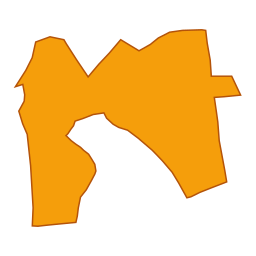 outline of Qalat Saleh, Maysan, Iraq
{"feature_id": "34846034B15043886970359", "entity_name": "Qalat Saleh", "entity_type": "district", "adm_level": 2, "iso_a3": "IRQ", "parent_name": "Iraq", "parent_adm1": "Maysan", "projection": "orthographic", "projection_center": [47.323, 31.48], "detail": "fine", "context": "isolated", "style": "filled", "palette": "amber", "viewbox_px": 256, "rotation_deg": 0, "n_neighbors": 0, "source": "geoboundaries", "source_scale": "gbopen_adm2", "svg_char_len": 1086}
<svg xmlns="http://www.w3.org/2000/svg" viewBox="0 0 256 256"><path d="M50.0,36.8L35.7,42.0L32.2,57.7L25.8,70.4L15.4,86.7L22.8,84.4L24.7,94.8L24.2,101.2L18.8,111.1L22.7,123.8L27.2,134.3L30.6,165.6L31.6,182.4L33.1,207.9L32.3,225.9L37.9,226.2L46.8,225.2L55.7,224.3L75.9,222.4L77.3,216.1L78.3,207.9L80.5,197.1L86.2,189.9L91.5,180.4L94.8,174.1L95.9,171.0L94.8,164.3L91.8,159.3L88.6,154.2L83.7,150.4L80.5,147.3L75.7,144.1L71.1,140.6L66.0,135.6L67.9,133.7L70.8,129.3L73.5,125.8L75.1,121.1L82.7,118.6L93.2,114.5L103.9,112.9L106.6,118.2L113.1,124.2L118.7,127.4L127.6,130.2L138.1,138.1L152.1,150.1L156.4,154.5L162.4,160.8L172.1,172.2L178.8,183.2L180.4,186.1L186.9,197.8L190.9,196.8L199.8,192.4L210.9,188.0L226.7,181.9L224.8,170.6L219.2,140.6L217.8,122.0L216.4,111.9L214.3,97.4L224.2,96.7L230.4,96.1L240.6,95.1L231.7,76.2L225.3,76.2L211.3,76.2L210.2,60.1L207.2,43.1L205.7,30.4L201.8,29.8L195.2,30.0L182.5,30.4L169.6,32.2L158.3,38.0L150.4,44.4L139.0,50.8L120.7,39.7L109.3,53.1L98.9,64.1L88.1,76.9L76.7,60.0L66.3,43.8L63.9,39.7L50.0,36.8Z" fill="#f59e0b" stroke="#b45309" stroke-width="1.5"/></svg>